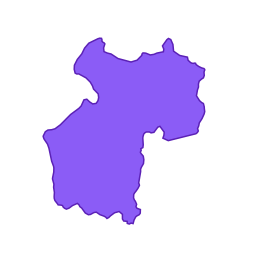 the State of Edo, rotated 166°
{"feature_id": "NGA-2861", "entity_name": "Edo", "entity_type": "State", "adm_level": 1, "iso_a3": "NGA", "parent_name": "Nigeria", "parent_adm1": "", "projection": "mercator", "projection_center": [5.875, 6.657], "detail": "fine", "context": "isolated", "style": "filled", "palette": "violet", "viewbox_px": 256, "rotation_deg": 166, "n_neighbors": 0, "source": "natural_earth", "source_scale": "10m", "svg_char_len": 2441}
<svg xmlns="http://www.w3.org/2000/svg" viewBox="0 0 256 256"><g transform="rotate(166 128 128)"><path d="M212.3,140.6L209.1,144.4L206.2,145.4L202.6,144.8L199.0,144.9L192.8,147.5L180.4,155.0L170.8,159.0L168.1,160.7L163.9,166.0L161.0,165.9L158.9,162.6L156.4,159.9L152.9,159.6L150.5,161.8L149.1,164.7L148.7,168.4L152.0,174.1L152.3,177.5L153.5,181.6L156.6,186.8L162.7,192.4L164.6,192.8L166.0,194.0L166.0,198.0L164.8,201.9L160.6,206.8L154.9,211.1L150.8,216.0L145.5,219.8L135.6,221.9L133.7,222.0L132.0,221.4L131.9,219.7L132.3,218.6L131.7,217.4L130.6,216.4L130.1,215.2L132.3,211.6L132.8,207.9L129.9,205.7L126.5,203.9L120.9,197.8L109.1,191.3L102.8,191.6L97.1,195.1L96.5,196.4L95.5,197.2L94.5,197.0L92.6,196.3L88.7,193.5L84.9,193.2L81.8,193.7L75.2,193.4L74.2,195.9L74.7,199.3L68.9,204.3L67.1,205.1L65.1,203.5L64.2,198.2L65.2,191.5L60.3,185.9L53.2,182.4L53.3,179.2L51.4,176.3L50.3,175.4L49.0,174.9L47.8,174.9L46.8,174.5L46.6,173.1L44.5,170.6L42.0,168.5L39.9,167.3L39.4,166.3L39.6,165.5L40.2,164.8L40.8,163.5L41.3,160.5L42.7,158.4L45.0,157.6L47.6,156.2L49.0,153.7L49.7,150.7L51.4,148.1L53.8,142.7L52.0,137.3L50.2,134.6L49.4,134.1L48.9,133.3L48.9,130.1L49.2,128.6L49.6,125.3L50.8,123.1L53.9,119.2L57.6,115.7L58.9,112.9L60.6,110.7L60.5,108.1L61.8,106.8L63.5,106.0L92.0,106.0L96.6,109.7L94.9,112.3L93.9,115.2L96.6,121.9L98.9,121.6L103.9,117.5L106.8,117.7L108.1,118.9L111.3,119.7L113.1,119.1L114.2,118.3L115.6,115.9L116.1,114.5L117.3,108.0L118.3,105.4L120.6,104.8L120.6,103.2L121.0,102.5L121.4,102.3L121.9,101.4L121.5,100.1L120.0,97.0L120.3,93.4L121.6,89.7L124.3,86.9L125.7,85.1L126.3,82.6L131.0,71.9L130.7,70.8L130.8,69.5L133.0,67.0L135.5,64.8L137.1,63.6L138.5,62.2L139.5,58.8L139.2,56.6L138.6,55.1L138.1,51.9L139.3,49.7L138.7,47.9L135.7,45.9L136.7,42.4L138.0,41.2L140.8,40.5L142.0,39.9L144.4,37.2L146.2,34.0L148.0,35.0L150.0,34.5L151.8,35.6L151.4,37.6L154.7,38.8L155.4,41.1L154.3,45.6L156.8,49.1L161.5,49.0L166.3,47.0L168.3,45.8L170.3,45.3L171.3,47.1L172.8,48.4L176.2,50.7L179.1,54.0L181.5,54.2L185.3,53.2L187.4,53.4L190.0,55.8L192.3,61.5L193.7,63.3L194.1,65.2L195.4,67.1L200.5,66.2L204.6,64.5L207.4,64.2L208.9,65.4L210.0,66.9L210.3,68.6L211.7,69.4L214.4,70.3L214.6,71.1L216.2,74.7L216.5,75.6L216.6,77.6L216.2,79.5L215.0,83.3L214.5,88.6L213.6,91.0L213.5,92.1L213.6,96.6L213.4,97.5L210.7,103.2L209.6,107.2L209.5,108.9L210.1,114.3L209.6,127.4L210.0,131.8L212.1,137.6L212.3,139.1L212.3,140.6Z" fill="#8b5cf6" stroke="#5b21b6" stroke-width="1.5"/></g></svg>